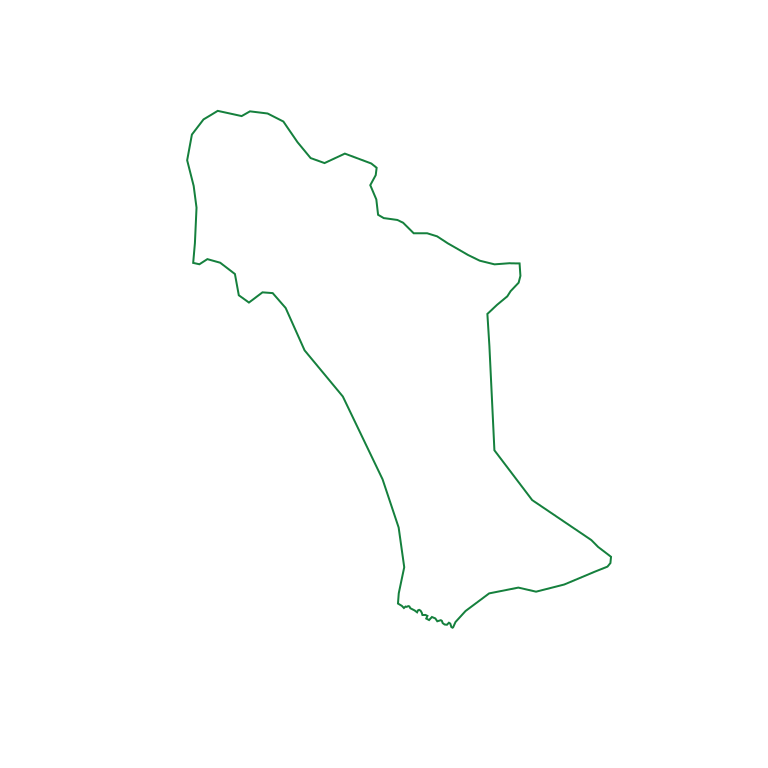 the district of Mvila, Sud, Cameroon, rotated 26°
{"feature_id": "32672807B58704883317804", "entity_name": "Mvila", "entity_type": "district", "adm_level": 2, "iso_a3": "CMR", "parent_name": "Cameroon", "parent_adm1": "Sud", "projection": "natural_earth1", "projection_center": [11.499, 2.757], "detail": "fine", "context": "isolated", "style": "outline", "palette": "green", "viewbox_px": 768, "rotation_deg": 26, "n_neighbors": 0, "source": "geoboundaries", "source_scale": "gbopen_adm2", "svg_char_len": 1581}
<svg xmlns="http://www.w3.org/2000/svg" viewBox="0 0 768 768"><g transform="rotate(26 384 384)"><path d="M274.7,191.5L247.8,194.1L233.7,211.5L219.0,213.1L200.3,204.6L184.6,195.7L178.5,192.2L160.8,191.9L144.0,197.7L140.6,202.7L138.6,205.6L129.5,207.8L114.8,211.4L110.5,218.1L105.8,225.3L102.0,244.0L109.0,269.2L126.1,289.4L138.2,307.7L152.3,340.3L159.4,358.8L165.6,357.3L170.5,349.2L183.6,346.8L201.8,350.5L214.6,367.9L226.9,370.0L234.6,354.9L244.1,351.1L262.3,358.8L297.9,388.6L352.5,413.3L424.5,470.3L460.1,506.6L482.5,539.8L489.0,565.6L492.8,575.2L497.3,575.6L500.1,576.6L500.9,574.6L502.0,574.4L503.2,573.0L504.3,572.8L506.0,574.0L510.8,574.1L513.8,574.7L513.8,572.5L514.6,571.6L516.2,571.7L518.1,572.9L519.8,574.8L522.5,573.4L524.7,573.4L524.8,576.3L525.6,576.3L528.0,576.4L529.2,572.4L532.9,572.2L535.9,573.9L538.6,571.4L539.8,571.5L541.6,573.2L543.9,573.6L546.1,572.8L547.0,570.1L548.6,570.3L551.1,572.9L552.4,573.0L552.8,572.4L552.6,566.6L556.8,552.3L570.3,526.1L594.0,508.1L611.7,504.0L626.6,491.4L633.9,485.2L655.1,461.0L656.9,459.0L664.9,450.2L666.0,445.7L663.8,439.8L647.9,436.6L638.8,433.4L568.1,423.4L512.3,395.2L502.0,376.4L462.1,303.7L446.2,275.7L450.9,263.3L456.4,251.1L457.1,245.0L460.6,233.9L459.2,227.0L453.0,216.2L445.8,219.6L443.9,220.4L430.9,228.0L417.4,230.9L415.9,231.2L402.9,231.2L384.3,229.9L379.6,229.6L367.0,228.0L365.1,228.3L356.7,229.6L344.6,235.5L332.9,231.5L330.6,230.7L324.1,230.7L312.5,234.5L311.1,235.0L304.5,234.5L296.2,221.5L284.5,211.3L285.0,199.9L282.6,192.9L276.0,191.4L274.7,191.5Z" fill="none" stroke="#15803d" stroke-width="2"/></g></svg>